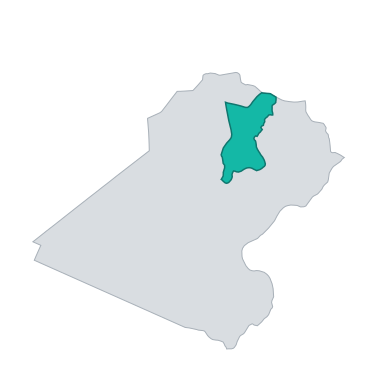 Ash Shati' highlighted on a map of Libya, rotated 114°
{"feature_id": "LBY-2967", "entity_name": "Ash Shati'", "entity_type": "Municipality", "adm_level": 1, "iso_a3": "LBY", "parent_name": "Libya", "parent_adm1": "", "projection": "mercator", "projection_center": [12.752, 27.893], "detail": "fine", "context": "in_parent", "style": "filled", "palette": "teal", "viewbox_px": 384, "rotation_deg": 114, "n_neighbors": 0, "source": "natural_earth", "source_scale": "10m", "svg_char_len": 4706}
<svg xmlns="http://www.w3.org/2000/svg" viewBox="0 0 384 384"><g transform="rotate(114 192 192)"><path d="M66.1,123.6L68.1,122.6L70.8,121.5L72.3,120.6L72.9,119.9L75.0,117.0L76.0,115.3L77.5,113.1L78.2,111.5L78.2,110.1L78.0,108.4L76.8,104.2L75.9,100.1L76.6,98.6L77.2,97.8L78.5,95.9L79.0,95.5L81.8,94.9L82.9,93.6L83.7,92.0L83.9,91.2L85.1,90.3L86.6,89.4L87.5,88.3L90.4,86.5L93.1,84.9L96.2,83.2L98.6,81.9L99.1,80.7L99.0,79.7L97.7,77.4L97.7,74.7L97.8,72.5L97.9,71.1L98.5,67.5L98.5,66.9L101.0,68.2L103.6,68.7L111.2,73.2L113.6,73.8L118.9,74.3L125.2,72.5L127.6,72.1L131.7,73.9L133.5,74.4L136.6,74.5L141.8,76.1L143.1,76.7L146.2,79.2L147.7,80.0L158.5,82.3L160.0,83.8L161.5,86.8L161.5,90.4L162.4,93.0L163.7,96.4L165.3,98.8L167.1,100.8L169.2,102.1L173.9,103.9L179.3,104.6L184.7,104.9L193.9,107.4L201.8,110.4L203.7,111.8L207.7,113.2L215.5,120.1L219.8,122.4L222.9,122.9L225.6,122.5L230.5,120.1L232.5,118.7L237.4,112.8L239.0,109.7L239.7,107.5L239.5,105.2L238.9,103.2L237.5,101.1L236.6,98.4L236.0,93.3L236.8,89.9L237.7,87.8L239.2,85.6L243.3,81.5L247.3,78.6L254.5,74.8L258.7,74.8L260.5,74.4L263.9,71.7L265.3,71.6L267.2,72.3L272.9,72.1L275.4,72.8L278.4,74.5L282.2,75.5L284.8,76.6L287.6,77.9L288.3,81.2L288.0,82.2L287.9,83.4L290.8,85.7L299.2,86.8L300.8,87.4L303.1,89.1L304.6,89.7L310.3,89.9L313.7,89.5L316.8,90.1L318.0,90.7L319.2,92.1L320.7,95.4L321.3,96.5L320.6,97.0L319.7,98.1L319.2,99.2L317.7,100.8L316.4,102.6L316.5,105.2L316.8,107.8L317.7,110.4L318.4,113.2L318.2,115.1L317.6,117.4L316.8,119.3L314.3,123.2L314.0,124.1L314.1,125.4L315.6,130.1L315.7,131.5L316.6,136.0L317.4,139.6L318.3,142.5L318.5,143.3L318.5,147.5L318.5,151.7L318.5,155.8L318.5,160.0L318.5,164.2L318.5,168.3L318.5,172.4L318.5,176.6L318.5,180.7L318.5,184.8L318.5,188.9L318.5,193.0L318.5,197.1L318.5,201.2L318.5,205.3L318.5,209.3L318.5,213.4L318.5,217.4L318.5,221.5L318.5,225.5L318.5,229.6L318.5,233.6L318.5,237.6L318.5,241.6L318.5,245.6L318.5,249.6L318.5,253.6L318.5,257.6L318.5,261.6L318.5,265.5L318.5,269.5L318.5,273.4L318.5,282.2L318.5,290.9L318.5,299.6L318.5,308.3L318.4,308.3L314.2,308.4L310.2,308.4L306.2,308.4L302.2,308.4L302.2,310.6L302.2,312.7L302.2,314.9L302.2,317.1L294.4,313.0L286.5,308.9L278.7,304.7L270.9,300.6L263.1,296.5L255.3,292.4L247.4,288.2L239.6,284.1L231.8,279.9L224.0,275.8L216.2,271.6L208.3,267.5L200.5,263.3L192.7,259.1L184.9,254.9L177.1,250.7L171.7,247.8L165.8,250.6L161.3,252.8L155.3,255.8L148.3,259.6L143.0,262.5L142.8,262.4L142.6,262.4L137.0,257.4L132.7,253.6L130.8,252.5L122.7,250.5L114.6,248.6L106.1,246.5L104.6,243.3L102.8,239.8L100.5,235.4L99.1,232.7L98.6,232.3L92.1,230.1L85.2,228.0L81.2,229.3L80.5,229.2L79.3,228.4L78.2,227.3L77.6,225.8L75.9,223.7L74.4,219.0L74.3,215.3L74.0,214.0L70.4,208.7L67.2,203.9L65.0,200.7L64.6,199.2L64.8,197.4L65.7,195.8L68.8,193.9L71.7,191.8L72.1,190.4L72.3,186.4L71.3,185.2L70.7,182.8L70.0,179.6L69.9,177.6L71.1,173.5L72.6,169.2L71.7,164.4L71.0,154.9L71.4,147.3L71.1,144.5L70.8,143.4L69.8,139.8L68.6,136.1L68.1,134.8L66.6,131.8L64.1,128.0L62.7,125.7L64.5,124.5L66.1,123.6Z" fill="#d9dde1" stroke="#a8b0b8" stroke-width="1"/><path d="M72.9,168.6L72.9,168.4L72.9,167.7L70.6,161.4L70.3,160.3L71.2,153.8L71.9,153.5L72.7,153.1L74.0,152.6L75.5,152.2L76.2,151.9L77.8,152.5L80.1,153.9L81.2,153.7L82.6,153.0L84.1,152.4L85.5,151.7L86.4,150.9L86.7,150.7L87.9,149.9L88.8,149.6L89.3,150.6L89.6,152.0L90.6,153.3L92.7,153.7L93.4,154.3L95.6,155.1L96.6,155.1L97.7,154.4L98.3,154.1L99.9,154.3L100.5,154.3L102.1,153.9L103.2,155.0L105.0,155.4L105.5,154.7L105.8,154.3L105.8,154.2L106.4,153.2L108.4,153.8L109.2,153.9L111.2,154.8L112.4,154.9L113.7,155.0L114.7,155.2L114.8,156.6L116.2,157.3L117.9,157.3L119.0,156.1L119.5,154.8L120.5,154.0L121.4,153.4L122.8,152.5L124.7,151.5L126.4,149.6L127.9,147.5L128.8,146.0L129.8,144.7L130.6,143.3L131.4,141.7L132.7,140.0L133.7,138.8L134.6,138.0L136.4,136.5L137.8,136.1L139.1,136.3L140.1,136.9L142.2,137.9L144.0,139.2L145.3,140.7L146.2,141.7L146.1,142.8L146.1,144.6L145.9,146.9L146.2,148.9L146.9,150.4L147.9,151.9L148.8,152.7L150.0,153.7L153.0,155.6L154.9,157.7L155.5,159.8L155.5,161.2L155.9,162.6L157.6,162.8L159.7,162.6L161.8,161.4L163.9,161.2L165.2,161.3L167.4,162.0L168.5,162.4L169.9,163.8L170.2,165.3L169.8,166.8L169.2,168.6L168.6,170.0L168.6,170.4L164.8,170.0L162.4,170.9L161.4,171.4L158.4,171.8L156.7,172.0L154.3,173.1L153.1,175.2L151.1,176.4L149.4,177.5L147.8,178.6L147.2,179.6L146.1,180.5L144.4,180.7L139.0,181.3L133.2,180.2L128.7,178.7L126.1,178.3L123.2,179.1L119.3,181.6L116.1,184.1L111.7,187.5L106.8,190.9L102.5,193.9L98.6,196.5L96.4,197.9L96.2,195.4L95.6,193.0L94.6,188.3L93.9,184.5L93.5,181.9L93.0,177.7L92.1,175.6L90.6,174.7L88.5,173.9L84.7,173.2L81.6,172.3L78.4,171.4L75.3,170.0L72.9,168.6L72.9,168.6Z" fill="#14b8a6" stroke="#0f766e" stroke-width="1.5"/></g></svg>